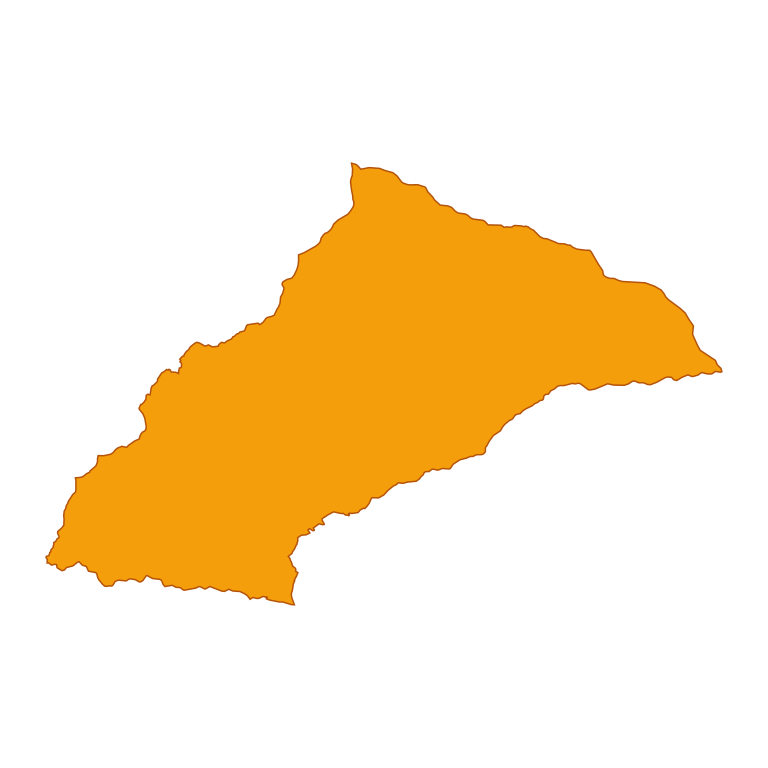 the district of Hodac, Mures, Romania
{"feature_id": "2599482B70822434260809", "entity_name": "Hodac", "entity_type": "district", "adm_level": 2, "iso_a3": "ROU", "parent_name": "Romania", "parent_adm1": "Mures", "projection": "orthographic", "projection_center": [24.985, 46.821], "detail": "fine", "context": "isolated", "style": "filled", "palette": "amber", "viewbox_px": 768, "rotation_deg": 0, "n_neighbors": 0, "source": "geoboundaries", "source_scale": "gbopen_adm2", "svg_char_len": 6067}
<svg xmlns="http://www.w3.org/2000/svg" viewBox="0 0 768 768"><path d="M715.4,360.4L700.3,350.4L697.5,345.4L693.0,335.4L692.6,333.9L693.4,325.9L688.9,319.4L685.1,312.9L680.0,308.3L668.7,299.9L665.7,296.9L664.0,293.7L661.1,290.0L654.5,286.2L645.1,282.8L622.3,281.5L618.1,280.3L614.3,278.5L609.7,278.3L606.5,277.3L604.0,275.7L603.3,274.3L602.6,270.5L598.2,264.0L591.3,252.0L589.7,250.3L585.3,250.2L576.8,249.1L572.5,247.1L570.3,245.2L567.8,245.0L564.7,243.9L558.6,243.6L547.0,238.8L543.3,238.4L539.9,236.6L533.6,230.3L530.2,228.6L528.4,227.0L525.4,226.1L524.1,226.7L521.3,225.9L514.9,225.5L513.8,225.7L512.4,226.8L510.3,227.2L506.8,226.9L504.0,227.3L501.2,225.2L488.1,224.9L485.0,221.5L483.0,220.3L473.4,219.1L470.8,218.0L467.9,215.4L465.4,214.0L458.1,213.0L455.4,211.3L451.6,207.4L447.8,205.9L440.2,205.1L434.5,199.9L432.7,197.0L427.9,192.0L425.6,187.5L424.7,186.9L417.7,184.7L409.9,184.9L407.1,184.5L402.8,182.9L401.2,181.5L397.1,176.0L393.0,172.8L384.3,170.3L379.6,168.4L369.2,167.6L360.8,169.2L357.2,165.3L355.8,164.4L351.5,163.2L352.6,169.2L352.2,175.8L351.3,177.9L350.5,181.8L351.6,190.5L352.6,195.2L352.9,199.3L353.8,201.8L353.9,204.3L353.2,206.8L350.6,210.9L347.8,214.3L338.1,220.0L333.6,224.2L332.3,227.3L330.3,230.1L327.3,232.6L325.1,233.3L323.1,235.3L321.2,238.0L320.2,241.8L318.8,243.6L315.7,246.2L304.1,252.7L298.5,254.9L298.6,260.7L298.1,265.2L296.8,269.6L294.2,275.1L291.9,278.1L286.9,279.5L283.1,281.7L282.3,283.1L282.1,284.6L283.9,287.8L283.9,289.1L282.5,293.8L280.6,297.0L280.0,303.3L278.5,307.0L276.9,309.4L274.2,315.2L272.1,316.2L267.1,317.6L265.9,318.5L263.2,322.2L260.0,324.5L259.3,324.5L258.8,323.5L257.8,323.2L247.8,324.7L246.6,325.6L244.7,330.5L243.8,331.1L239.9,332.0L238.7,333.5L237.1,333.8L234.1,336.5L233.0,336.7L231.5,339.0L227.4,340.8L225.1,342.5L224.2,342.9L221.5,342.3L219.3,344.1L218.6,345.0L218.3,346.2L212.5,346.9L208.4,344.9L205.8,346.0L204.6,345.9L199.7,343.1L197.0,342.3L194.6,343.4L190.4,346.8L188.2,350.1L186.4,351.4L184.2,354.5L183.9,356.0L182.4,356.3L179.8,359.1L180.9,360.6L180.0,361.4L180.2,362.2L181.5,363.2L181.5,366.9L180.4,367.9L179.4,368.0L178.5,371.9L178.6,373.4L175.5,372.2L171.3,372.1L170.1,369.8L169.0,369.3L168.2,370.2L166.7,369.5L163.6,372.0L161.7,372.9L157.6,379.0L157.6,380.6L156.8,382.1L153.6,385.2L152.0,386.1L151.9,386.8L151.3,387.5L150.1,394.9L147.7,394.2L146.2,395.4L145.9,399.3L143.8,402.4L141.7,404.4L140.7,404.5L139.1,408.1L139.2,409.2L142.9,413.8L144.8,418.2L146.3,427.1L145.7,429.7L144.9,430.9L142.4,432.2L141.1,433.7L140.0,436.0L139.2,439.0L135.0,440.8L128.5,445.3L126.9,447.1L125.6,447.2L121.9,446.3L117.5,448.1L115.6,449.6L112.9,452.8L110.5,454.3L103.7,455.7L98.1,455.6L97.5,458.7L97.5,461.8L96.2,465.3L95.5,466.3L90.1,470.9L89.5,472.3L86.7,473.6L82.7,476.8L79.5,477.5L75.4,477.8L75.9,480.2L75.9,490.2L75.5,492.1L72.7,494.6L68.3,501.4L68.0,502.9L66.1,506.1L65.8,508.3L64.2,511.2L63.7,515.8L64.1,518.8L63.8,525.2L61.8,527.9L57.7,531.6L57.6,533.2L58.8,536.0L59.1,537.1L58.8,537.7L57.2,538.8L55.6,541.5L53.7,542.6L53.8,544.5L53.2,545.9L53.4,547.1L50.9,549.9L50.8,551.7L49.8,552.4L49.2,554.9L48.2,555.9L46.7,556.2L46.2,556.6L46.1,557.7L47.3,559.6L47.1,563.0L48.4,562.8L51.5,565.1L54.7,564.3L56.3,564.5L56.7,564.8L56.9,567.1L57.4,568.0L62.0,570.7L64.4,570.0L66.6,567.5L72.9,565.9L77.6,562.1L79.1,561.8L82.4,565.2L86.4,566.5L88.5,571.2L95.3,572.5L96.6,573.3L97.8,577.8L98.9,579.9L103.0,584.7L104.8,586.1L106.0,586.4L109.4,585.9L111.9,586.0L113.2,584.8L115.0,581.6L117.3,580.5L119.1,580.2L126.1,580.9L129.0,579.1L130.9,578.9L135.4,579.7L139.2,581.9L141.0,581.8L143.0,580.4L146.1,576.0L147.0,575.5L152.5,578.5L159.5,579.3L161.0,579.9L161.8,581.0L163.1,584.4L164.9,586.5L172.3,585.3L176.0,587.3L180.2,587.6L183.3,590.0L184.4,590.2L195.8,588.1L198.7,586.6L200.5,586.8L204.8,589.0L205.5,588.9L209.9,586.5L221.8,591.1L224.4,591.4L228.9,589.3L232.8,591.0L239.9,591.5L244.4,593.6L247.5,595.8L250.1,599.3L252.8,597.5L257.3,598.5L259.1,598.3L263.1,596.4L265.9,597.2L266.6,596.8L267.2,597.1L267.0,598.3L266.4,598.3L266.3,598.8L269.8,600.1L279.5,602.0L282.7,602.0L291.4,604.6L294.4,604.8L291.6,597.2L291.3,593.7L292.4,590.3L293.3,584.0L294.7,580.8L294.3,580.4L295.7,577.2L296.1,577.1L297.9,572.6L295.7,571.4L295.8,569.9L295.5,568.4L292.5,565.9L291.5,562.3L290.3,560.2L289.9,558.4L288.3,556.4L291.9,553.5L292.7,551.5L294.5,549.0L296.3,545.0L297.1,544.0L297.1,542.7L297.8,541.0L297.7,537.7L301.4,535.2L306.2,534.8L309.9,533.0L308.0,530.0L309.4,528.6L312.8,530.7L313.8,530.6L314.2,530.3L314.2,529.6L313.3,528.0L319.1,523.8L322.7,524.7L324.2,524.5L324.3,524.1L322.1,520.1L322.1,518.7L328.2,514.7L333.3,512.0L334.3,512.0L341.0,513.5L343.3,513.4L345.5,515.1L347.6,515.1L348.8,515.7L349.4,515.0L348.5,513.8L349.0,513.3L352.7,513.4L358.1,512.5L360.2,510.0L363.5,508.2L364.7,508.6L367.0,506.3L369.1,503.4L371.5,498.1L372.1,497.7L378.6,497.9L383.9,494.9L388.2,490.2L393.2,486.1L395.9,484.9L398.3,482.8L403.0,483.3L407.6,482.1L416.3,481.2L419.8,478.6L420.5,477.2L423.0,475.0L424.3,472.5L425.6,471.7L429.1,471.5L432.0,469.2L434.2,469.3L437.8,470.2L442.4,468.5L449.2,469.0L450.4,468.3L453.3,464.1L459.9,459.8L466.5,458.1L469.9,456.6L473.1,456.4L476.2,454.8L481.7,454.6L483.5,453.9L484.9,452.5L485.4,451.1L485.4,448.2L485.7,447.0L487.0,445.6L488.9,441.7L491.1,438.6L493.4,435.5L500.4,430.8L502.4,427.3L504.6,424.5L509.3,420.5L511.7,419.5L512.8,418.6L515.2,415.1L517.7,414.0L520.1,413.7L522.5,411.1L525.9,408.8L532.3,405.7L534.6,403.7L537.4,402.5L540.0,400.5L542.3,400.2L543.4,399.1L543.8,396.2L544.7,395.0L546.2,394.3L548.3,394.2L550.8,390.8L555.0,388.6L556.8,386.8L558.4,385.9L560.8,385.5L563.9,385.6L572.3,383.4L575.0,383.9L578.6,383.2L580.6,383.9L588.4,389.8L589.9,390.0L594.9,389.1L607.7,383.8L614.0,385.1L624.3,385.3L628.4,383.9L632.4,381.3L634.7,381.0L638.8,382.8L643.7,382.8L647.3,384.4L650.5,384.7L656.7,382.3L665.0,377.7L667.6,377.0L671.5,377.3L673.7,379.7L676.8,380.5L681.8,377.4L687.4,375.1L688.8,375.1L691.4,376.4L693.1,376.5L698.1,375.0L701.6,372.5L707.3,373.9L710.5,374.0L712.0,373.8L715.4,371.4L720.4,372.2L721.9,371.7L720.9,368.3L717.3,364.9L715.4,360.4Z" fill="#f59e0b" stroke="#b45309" stroke-width="1.5"/></svg>